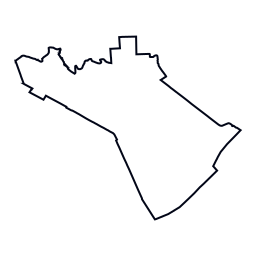 Malu, Giurgiu, Romania (Natural Earth projection)
{"feature_id": "2599482B97919449751722", "entity_name": "Malu", "entity_type": "district", "adm_level": 2, "iso_a3": "ROU", "parent_name": "Romania", "parent_adm1": "Giurgiu", "projection": "natural_earth1", "projection_center": [25.787, 43.81], "detail": "fine", "context": "isolated", "style": "outline", "palette": "ink", "viewbox_px": 256, "rotation_deg": 0, "n_neighbors": 0, "source": "geoboundaries", "source_scale": "gbopen_adm2", "svg_char_len": 5022}
<svg xmlns="http://www.w3.org/2000/svg" viewBox="0 0 256 256"><path d="M154.9,219.4L156.2,219.0L163.5,216.0L168.2,214.1L179.7,207.1L188.4,198.9L194.5,193.0L199.8,187.3L203.3,184.1L217.1,170.6L213.2,166.2L216.0,160.6L217.2,158.4L217.5,157.6L220.7,151.9L227.1,144.1L236.4,134.6L240.6,130.2L237.0,127.8L236.0,127.6L233.9,126.0L233.5,125.8L232.7,126.1L232.4,126.0L232.2,125.9L232.3,125.6L232.1,125.4L232.1,125.2L231.3,124.5L230.7,124.1L229.9,123.6L229.1,123.3L228.6,123.2L228.2,123.3L227.6,123.5L226.1,124.1L222.3,125.7L222.0,125.8L221.7,125.8L221.4,125.8L220.7,125.7L220.0,125.5L219.4,125.2L218.2,124.4L216.5,123.1L209.6,117.8L207.6,116.2L191.5,103.9L187.3,100.5L182.4,96.7L175.4,91.4L174.4,90.6L174.0,90.3L172.2,88.9L171.3,88.3L168.8,86.2L160.7,80.0L166.1,76.5L165.8,75.8L163.3,72.4L161.9,70.6L160.5,68.5L160.1,68.0L159.7,67.2L159.1,66.4L158.8,65.9L158.7,65.6L158.6,65.2L158.5,64.0L158.4,63.8L157.8,63.2L157.7,63.0L157.7,62.3L157.8,61.9L157.8,61.7L157.5,60.7L157.6,60.3L157.8,59.7L157.8,59.1L157.6,58.4L157.6,57.5L157.4,56.3L157.3,56.0L157.2,55.7L156.7,55.4L156.4,55.3L156.0,55.3L154.5,55.8L154.2,56.0L153.6,56.7L153.4,56.9L152.5,57.0L150.2,57.0L149.9,56.8L149.8,54.2L149.6,54.0L149.3,53.9L142.8,54.1L136.4,54.3L136.3,48.9L136.2,42.4L136.1,36.6L121.7,36.9L121.3,37.0L121.1,37.0L119.2,37.1L119.5,41.9L120.0,48.3L111.2,48.8L110.3,48.8L110.9,57.2L111.0,57.4L111.3,63.1L109.3,62.8L108.9,62.8L107.9,62.4L107.0,62.2L106.2,61.6L105.5,61.4L105.4,61.2L105.2,60.8L105.1,60.6L103.7,59.3L103.1,59.2L102.3,59.2L101.6,59.3L100.8,59.5L100.3,59.6L100.1,59.7L100.1,60.1L100.1,60.3L100.3,60.6L101.0,61.4L101.2,61.8L101.2,62.1L101.1,62.3L101.1,62.5L100.9,62.8L100.4,63.2L99.7,63.4L99.4,63.4L98.5,63.3L97.4,63.1L97.1,62.9L95.6,62.4L93.8,61.6L93.3,61.5L92.8,61.3L92.1,61.0L91.8,60.6L91.6,60.2L91.4,59.5L91.3,59.3L91.2,59.1L90.8,59.0L90.4,59.0L89.3,59.2L89.0,59.4L88.4,59.9L88.1,60.0L87.9,60.3L87.8,60.5L87.2,60.7L86.9,60.7L86.5,60.5L86.1,60.5L85.9,60.6L85.7,60.8L85.1,61.1L84.8,61.7L84.5,62.1L84.5,63.0L84.3,63.4L84.2,63.7L83.6,64.4L83.5,64.9L83.0,65.7L82.4,67.4L82.2,67.8L82.0,68.1L81.6,68.5L80.5,69.0L80.2,69.1L79.8,69.1L79.2,69.1L78.8,69.1L78.3,68.9L77.9,68.7L77.7,68.6L77.2,67.4L76.8,67.0L76.3,66.1L76.2,66.0L76.1,65.8L75.8,65.8L75.5,65.9L75.3,66.1L75.2,66.3L75.2,66.6L75.2,67.6L75.2,68.2L75.2,68.7L75.3,69.4L75.3,70.2L75.4,70.9L75.4,71.6L75.4,72.5L75.4,72.8L75.2,73.2L75.1,73.3L74.6,73.7L73.0,72.7L71.4,71.7L70.8,71.3L70.1,70.7L69.3,70.1L68.6,69.5L68.5,69.4L68.3,69.2L68.2,69.0L68.0,68.8L68.0,68.7L68.2,68.3L67.9,68.3L67.9,68.1L67.8,67.5L67.5,67.5L67.4,67.4L67.5,67.2L67.3,67.0L67.3,66.7L67.0,66.6L66.9,66.5L66.8,66.2L66.5,66.2L66.4,65.9L66.1,65.5L66.0,65.9L65.9,65.9L65.6,65.8L65.5,65.7L65.3,65.5L65.2,65.3L65.0,65.2L64.8,65.1L64.6,65.1L64.6,64.9L64.4,64.8L64.2,64.5L64.1,64.4L64.2,63.9L64.4,63.7L64.2,63.4L64.1,63.1L63.9,62.8L63.9,62.3L63.8,62.1L63.8,61.9L63.4,61.6L63.0,60.8L62.9,60.6L62.7,60.2L62.6,59.6L62.2,59.5L62.2,59.1L61.8,59.0L61.8,58.6L61.6,58.5L61.7,58.4L61.8,58.1L61.7,58.1L61.2,57.7L60.8,57.4L60.5,57.3L60.4,57.2L60.4,56.8L60.2,56.6L60.1,56.4L59.9,56.3L59.8,55.9L59.7,55.8L59.5,55.5L59.1,55.2L59.0,54.8L58.8,54.6L58.8,54.3L58.7,54.2L58.8,54.1L58.9,53.9L59.1,53.8L59.4,53.5L59.4,53.4L59.2,53.2L59.6,53.1L59.6,52.9L59.8,52.7L59.9,52.4L59.7,52.0L59.7,51.9L59.9,51.8L59.9,51.7L59.7,51.5L60.0,51.2L60.0,50.9L59.9,50.8L60.1,50.6L60.0,50.4L60.5,50.0L60.5,49.9L60.6,49.6L60.5,49.2L60.3,48.7L60.2,48.7L59.8,48.7L58.0,49.2L57.5,49.3L57.1,49.3L56.4,49.2L54.9,48.6L53.4,47.7L53.2,47.7L52.6,47.6L52.0,47.6L51.8,47.5L50.0,47.4L49.6,47.5L49.0,47.7L48.7,47.9L48.7,48.0L48.7,48.6L48.9,50.2L48.9,50.7L48.8,51.7L48.9,51.9L48.8,52.2L48.8,52.6L48.6,53.0L48.0,53.9L47.4,54.6L46.9,55.0L45.9,55.6L45.5,56.0L44.1,56.9L43.2,57.7L42.6,58.4L42.4,58.8L42.3,59.1L42.2,59.1L42.4,60.0L42.4,60.6L42.3,61.2L42.1,61.3L41.6,61.6L41.3,61.7L41.1,61.7L40.6,61.6L40.3,61.5L38.6,60.5L38.1,60.2L37.9,59.9L37.8,60.0L37.5,60.1L37.3,60.1L36.7,59.9L36.1,59.6L35.6,59.2L35.0,58.9L34.6,58.8L33.9,58.7L33.3,58.6L32.2,58.2L30.1,57.5L29.1,57.0L28.3,56.8L26.8,56.6L26.3,56.5L24.6,55.8L24.0,55.7L23.6,55.7L22.8,55.7L21.6,56.1L21.5,56.5L21.4,56.6L20.9,56.8L20.1,57.5L18.2,58.8L17.7,59.3L16.8,59.8L16.0,60.5L15.7,60.7L15.4,60.7L15.7,62.1L15.7,62.3L15.9,62.3L16.0,62.3L19.9,73.1L20.7,75.3L20.9,76.1L23.7,83.6L24.0,83.9L23.9,83.9L24.4,84.2L26.6,85.4L32.4,88.5L32.0,89.0L31.6,89.6L31.3,89.5L29.5,92.3L43.5,99.7L45.9,95.7L49.0,97.4L50.5,98.2L60.6,103.6L65.6,106.4L66.3,106.7L66.1,107.2L66.1,107.3L66.2,107.6L66.3,107.7L67.3,108.2L71.2,110.3L71.8,110.5L72.2,110.5L72.6,110.7L76.1,112.6L76.9,113.1L78.8,114.1L86.2,118.5L87.8,119.4L89.6,120.4L92.6,122.0L93.1,122.2L93.9,122.6L94.4,122.9L95.6,123.6L96.7,124.1L97.1,124.4L101.2,126.7L103.6,127.9L106.9,129.8L108.0,130.3L109.7,131.4L112.6,132.9L113.0,133.1L113.5,133.6L114.3,134.4L115.5,136.7L117.0,139.6L116.1,140.5L116.5,141.4L117.5,143.8L119.3,147.6L122.2,154.2L124.1,158.5L126.2,162.9L127.3,165.5L129.1,169.3L137.9,189.4L141.2,196.7L141.9,198.2L142.0,198.6L142.0,199.2L154.9,219.4Z" fill="none" stroke="#020617" stroke-width="2"/></svg>